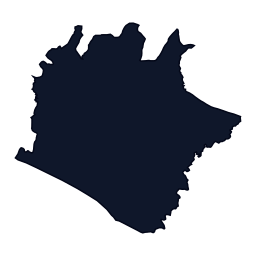 outline of Pujehun, Southern, Sierra Leone
{"feature_id": "65957751B2614126839094", "entity_name": "Pujehun", "entity_type": "district", "adm_level": 2, "iso_a3": "SLE", "parent_name": "Sierra Leone", "parent_adm1": "Southern", "projection": "albers", "projection_center": [-11.562, 7.3], "detail": "fine", "context": "isolated", "style": "filled", "palette": "ink", "viewbox_px": 256, "rotation_deg": 0, "n_neighbors": 0, "source": "geoboundaries", "source_scale": "gbopen_adm2", "svg_char_len": 5675}
<svg xmlns="http://www.w3.org/2000/svg" viewBox="0 0 256 256"><path d="M240.5,116.6L233.8,114.1L228.3,112.6L223.3,110.8L217.7,108.9L213.9,107.9L210.9,106.8L206.2,104.2L203.3,102.3L200.7,100.9L198.2,99.2L195.4,97.2L192.5,94.9L189.6,93.1L187.4,92.1L186.0,91.6L185.5,90.5L185.5,89.3L184.5,89.2L183.6,88.8L183.5,88.1L183.3,86.7L183.9,85.8L183.0,85.9L182.3,84.7L183.1,84.0L183.8,83.5L183.4,82.6L182.5,81.0L182.2,79.5L182.3,78.4L182.9,77.3L181.8,75.2L180.9,74.3L180.5,73.7L180.9,73.0L180.3,72.3L179.6,71.4L179.6,70.6L180.2,69.1L180.4,68.3L179.3,66.5L178.8,65.1L179.3,63.2L179.2,61.6L180.3,58.9L180.8,57.4L180.1,56.0L181.3,54.5L184.0,52.2L185.6,51.0L186.8,49.4L187.9,48.3L188.5,47.8L189.9,47.9L191.3,48.0L192.6,47.0L194.3,45.6L193.0,45.0L190.5,44.6L188.3,44.8L185.4,45.5L183.8,45.8L182.6,45.3L181.3,43.9L180.3,42.7L179.4,41.2L179.0,38.7L178.6,35.9L178.2,34.3L178.4,32.6L178.1,30.4L177.7,29.5L177.0,29.2L174.6,31.9L173.8,32.6L172.1,34.4L170.0,36.8L169.3,37.8L168.6,38.9L168.3,40.0L168.3,41.2L166.7,43.5L165.2,45.2L163.6,47.9L162.6,50.3L161.3,52.8L159.5,55.8L158.1,57.3L157.5,58.2L157.0,59.1L156.0,60.1L155.3,60.6L153.9,60.8L150.4,60.8L149.0,60.5L147.5,60.6L145.9,60.8L144.0,60.9L141.9,61.0L140.9,61.0L139.8,60.3L140.6,58.8L141.6,55.6L141.8,53.2L141.7,50.6L141.9,49.2L142.7,47.4L143.0,45.2L143.4,43.0L144.3,41.2L145.2,38.9L144.1,37.4L142.9,36.1L140.7,33.4L139.3,32.4L138.3,31.9L137.5,30.4L137.4,28.6L137.9,26.7L138.9,25.3L137.8,24.7L133.3,23.2L129.5,23.3L126.1,25.5L124.7,27.2L123.8,28.8L122.8,30.9L122.1,33.5L121.0,34.8L119.6,36.9L117.8,37.4L115.5,37.5L113.8,37.3L112.4,35.7L110.3,34.3L107.0,34.8L103.5,34.8L101.5,34.9L100.7,35.4L95.6,35.4L93.8,36.6L92.5,39.5L91.4,40.7L90.3,42.3L89.5,44.0L88.6,45.1L88.7,46.5L88.6,48.3L88.6,49.3L87.5,51.0L86.3,52.2L84.4,53.4L84.0,54.4L84.0,55.1L82.6,55.5L82.6,56.4L81.9,56.9L82.7,59.0L80.9,58.6L79.9,56.2L77.9,53.5L76.9,52.0L75.8,50.6L75.4,48.4L76.7,45.9L78.8,42.4L79.5,39.6L80.7,37.5L82.7,35.1L81.1,33.0L80.8,31.4L81.7,28.8L81.7,26.2L78.0,25.8L76.4,26.6L75.1,27.0L75.0,28.7L75.7,30.0L74.6,31.9L74.2,33.2L74.2,34.1L72.9,35.0L71.7,37.0L68.9,42.3L67.9,44.0L66.2,45.2L63.4,47.1L61.5,48.6L59.9,46.2L58.5,47.0L57.4,48.7L55.7,49.0L53.9,48.8L52.0,48.8L50.9,50.0L49.3,51.0L48.4,51.9L46.7,54.4L46.1,55.4L48.0,57.9L49.8,59.2L51.5,60.3L52.7,61.7L53.4,63.8L52.8,64.5L50.1,64.5L49.0,64.0L47.8,64.2L46.7,64.1L45.9,63.1L45.1,62.4L43.5,61.4L42.2,61.6L41.1,62.5L39.6,64.3L40.8,66.7L42.9,68.8L43.5,70.4L43.1,72.9L42.7,74.4L42.2,75.9L40.2,77.1L37.2,77.7L35.8,77.7L33.2,76.6L33.5,77.0L34.6,77.3L34.6,78.4L35.0,79.1L34.9,79.7L34.6,80.4L34.7,80.9L35.1,81.4L35.3,82.3L34.5,82.5L34.1,83.1L33.5,83.3L33.5,83.9L33.3,84.3L33.5,85.0L33.6,85.7L33.4,87.0L33.2,87.7L33.0,88.7L32.2,89.2L32.7,89.6L33.3,90.0L33.7,90.5L33.7,91.1L34.2,91.8L35.5,92.6L36.2,93.7L35.6,94.3L36.1,94.8L36.7,94.8L37.2,95.1L37.1,95.6L36.6,95.9L36.0,96.1L35.9,96.7L36.4,97.3L37.0,98.0L35.7,97.8L35.5,99.4L34.9,99.9L35.4,100.5L36.1,100.5L36.1,101.2L36.3,101.8L37.2,101.6L37.8,101.9L37.2,105.8L35.9,107.7L34.8,110.1L34.1,113.3L34.9,114.5L34.1,115.1L32.3,116.8L31.1,117.5L32.0,118.9L32.0,122.3L31.9,127.5L31.7,128.2L32.4,130.3L33.1,131.0L34.1,131.7L35.3,132.4L36.2,132.6L36.5,132.8L37.1,133.5L37.4,134.5L37.1,135.3L36.9,135.5L36.9,135.9L36.4,137.7L36.3,139.4L35.7,140.8L34.7,142.0L34.1,144.2L33.8,148.0L33.7,149.3L33.1,152.0L32.0,152.9L30.9,152.6L29.2,151.9L28.6,151.1L27.9,150.8L27.7,150.8L26.4,151.9L25.3,152.1L24.5,151.2L24.1,149.4L23.0,148.4L21.6,147.9L21.1,147.9L20.6,148.3L20.1,148.9L19.4,150.1L18.0,154.0L16.8,155.8L15.4,157.9L18.0,159.8L26.3,162.8L36.5,167.6L62.4,180.3L77.5,188.5L87.3,194.4L97.2,200.6L107.0,209.4L111.6,215.2L113.6,217.0L115.8,220.1L119.2,220.9L137.5,230.3L140.8,232.1L142.8,232.8L145.1,232.2L147.9,232.0L148.3,231.9L151.1,231.7L152.4,232.4L153.6,232.5L154.5,231.6L154.7,230.5L155.2,229.8L155.2,229.5L155.9,229.0L159.2,227.7L159.6,227.7L160.9,227.7L162.6,227.9L163.3,228.6L164.3,228.8L164.7,228.3L164.0,225.3L161.4,221.3L160.9,220.4L161.2,219.4L164.0,220.0L165.5,219.3L165.6,218.5L165.0,215.6L166.4,214.4L168.5,214.7L170.2,215.2L170.7,212.5L170.9,210.8L171.5,210.3L172.7,209.0L173.5,208.9L174.2,208.5L175.2,208.8L175.9,208.5L176.5,207.2L177.5,206.3L178.2,206.0L177.7,203.0L178.2,200.6L178.2,199.9L178.4,198.7L179.9,197.8L179.9,197.0L179.2,196.0L178.8,195.5L176.9,194.2L176.5,193.7L176.5,192.3L177.0,191.3L177.9,190.4L178.7,189.2L179.3,189.0L180.4,189.0L181.7,189.2L183.2,189.3L184.1,189.1L184.8,189.2L186.3,189.8L187.3,190.0L188.0,189.8L188.4,189.2L187.8,186.5L187.6,184.3L186.8,182.1L187.9,180.1L186.5,178.7L186.2,177.9L185.5,176.2L184.8,175.3L183.8,174.7L183.2,173.5L182.7,172.7L182.8,172.1L184.4,170.4L185.0,170.2L185.6,170.5L187.0,171.5L188.1,171.2L189.4,170.3L189.1,169.5L188.4,168.5L187.4,167.8L187.5,167.4L189.2,165.8L190.2,165.0L191.6,164.3L190.8,163.2L192.6,161.2L193.6,160.2L194.1,159.4L193.5,157.8L193.6,157.0L194.2,156.3L194.7,154.7L194.3,154.0L194.1,153.4L194.4,152.8L196.4,151.9L196.8,152.5L196.5,153.6L196.8,154.3L197.6,154.4L199.1,154.1L200.1,154.9L198.1,156.2L198.8,157.0L200.0,156.4L200.9,155.6L201.1,151.8L202.6,151.1L202.8,149.4L203.5,148.6L204.0,147.7L204.9,146.9L204.3,145.5L204.5,144.9L205.2,144.8L205.5,144.4L206.5,145.6L206.4,146.7L207.6,147.1L209.0,146.9L210.2,147.2L211.2,146.7L212.6,144.5L213.2,143.5L214.3,142.2L215.6,141.4L217.2,142.2L218.8,143.0L220.5,141.5L222.2,141.5L223.5,140.9L224.3,140.6L225.1,139.9L225.7,138.9L227.1,138.9L228.3,138.7L229.6,137.8L230.4,136.7L230.3,135.6L229.5,134.7L230.4,133.5L231.4,131.9L231.1,131.3L230.1,130.7L230.1,129.9L231.1,129.4L232.2,129.1L232.3,128.2L232.6,126.6L233.9,126.0L235.5,125.9L236.5,124.6L237.9,124.0L238.9,122.3L240.6,121.2L240.2,117.6L240.5,116.6Z" fill="#0f172a" stroke="#020617" stroke-width="1.5"/></svg>